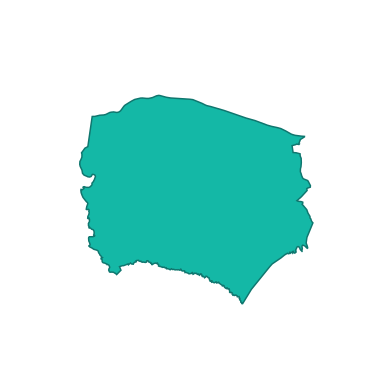 the district of Blacktown, New South Wales, Australia, rotated 309°
{"feature_id": "25037944B57460012888659", "entity_name": "Blacktown", "entity_type": "district", "adm_level": 2, "iso_a3": "AUS", "parent_name": "Australia", "parent_adm1": "New South Wales", "projection": "orthographic", "projection_center": [150.83, -33.74], "detail": "fine", "context": "isolated", "style": "filled", "palette": "teal", "viewbox_px": 384, "rotation_deg": 309, "n_neighbors": 0, "source": "geoboundaries", "source_scale": "gbopen_adm2", "svg_char_len": 6006}
<svg xmlns="http://www.w3.org/2000/svg" viewBox="0 0 384 384"><g transform="rotate(309 192 192)"><path d="M137.1,301.6L153.8,299.4L183.0,299.4L186.7,299.6L196.7,302.6L201.4,303.6L204.4,304.7L204.6,305.7L205.0,306.0L205.8,306.2L206.8,306.0L206.9,306.7L206.5,307.0L208.9,307.7L208.1,308.2L208.0,308.5L209.0,308.1L209.5,308.5L209.0,309.3L208.9,309.9L209.4,310.4L210.6,310.7L211.7,309.2L211.8,309.2L211.9,309.5L212.2,309.1L212.6,308.8L213.5,308.9L214.5,308.4L215.3,308.3L216.1,308.5L216.6,309.2L216.6,309.6L216.2,311.1L215.4,312.4L215.1,314.8L215.4,314.8L215.7,314.2L216.2,313.6L216.5,313.5L216.8,313.7L217.3,313.5L219.0,311.6L220.2,311.4L220.5,311.7L221.0,313.4L221.1,314.2L220.9,314.9L221.2,315.1L221.2,315.3L220.8,316.0L220.8,317.0L221.3,317.1L221.8,316.6L221.9,315.9L222.4,315.8L224.2,312.8L229.0,309.9L244.1,305.4L244.1,304.9L244.7,303.0L245.9,301.2L246.1,300.1L247.3,299.0L248.6,295.4L250.5,292.3L251.8,285.3L252.9,285.2L253.8,284.5L253.4,283.2L251.6,280.3L251.3,279.0L257.2,280.0L265.6,280.5L266.8,279.1L267.6,279.3L270.2,280.9L271.5,280.0L273.4,275.7L273.7,274.7L272.4,270.4L272.4,269.7L272.6,269.1L273.7,266.9L274.7,265.6L275.9,263.5L278.2,261.7L280.2,260.8L283.6,258.5L286.9,255.6L288.0,253.5L289.7,251.9L288.0,248.2L286.3,245.7L291.0,240.6L294.0,242.7L295.1,243.2L296.2,245.2L296.9,245.2L296.8,244.6L301.0,243.2L305.6,244.7L306.0,244.4L304.2,241.8L300.9,236.4L299.9,234.0L299.4,232.5L298.4,226.4L297.2,221.1L295.7,217.7L293.1,212.6L291.3,208.4L287.2,196.1L283.5,187.5L275.6,165.7L270.2,152.8L268.5,149.3L268.0,147.7L267.2,144.0L264.3,134.5L262.7,131.9L251.6,116.2L249.4,112.3L246.7,106.2L246.0,105.2L244.4,103.9L240.4,101.8L237.4,99.4L236.2,97.9L233.9,94.4L232.6,92.9L227.8,89.2L224.3,87.7L217.4,85.3L215.8,85.1L210.3,85.4L208.9,85.1L207.7,84.6L206.4,83.4L204.9,80.7L203.2,79.0L202.1,78.1L198.0,76.2L196.4,75.0L193.6,72.0L189.7,69.0L187.9,66.9L161.7,82.5L158.7,81.2L152.9,81.5L152.1,82.7L149.8,84.5L147.2,85.3L145.2,85.7L142.8,87.4L141.5,89.1L139.7,92.8L137.6,95.2L137.2,97.5L138.0,100.2L138.2,101.3L139.1,102.9L140.3,103.7L140.9,103.8L142.9,103.5L143.2,103.7L143.7,104.5L144.0,105.4L143.9,106.2L143.4,107.0L142.9,107.4L141.2,107.9L140.4,108.3L138.7,108.6L138.3,108.8L135.9,108.7L134.9,109.6L134.1,109.8L131.8,109.5L131.1,109.2L130.6,108.9L129.0,106.8L128.3,104.9L127.6,104.3L127.1,104.4L127.1,105.5L126.8,105.8L126.3,105.8L125.6,105.4L124.6,105.3L124.4,105.2L124.3,104.2L124.2,104.1L122.8,105.0L122.4,105.9L121.8,106.1L120.3,108.6L119.2,110.7L118.5,113.7L118.0,116.0L118.0,117.3L117.7,118.0L117.3,118.4L114.4,119.4L112.0,120.7L112.0,121.0L112.3,121.6L113.3,122.3L113.4,122.8L113.0,123.5L112.0,124.0L111.4,125.0L110.9,125.3L109.4,126.0L107.4,126.5L105.9,127.5L106.0,128.1L106.9,127.9L107.0,128.1L106.2,129.6L104.3,131.0L102.8,131.2L102.0,131.5L101.5,132.1L100.6,132.8L100.3,134.2L100.1,134.2L100.0,133.9L99.4,134.4L99.3,134.7L99.5,135.1L100.1,135.8L99.9,137.4L100.5,138.8L100.1,140.1L99.2,141.3L98.3,141.8L97.8,142.5L96.7,142.6L96.4,143.1L96.7,143.9L96.4,144.0L96.0,143.9L94.9,143.1L92.6,140.4L91.7,140.3L90.8,140.9L89.0,142.6L88.3,144.0L87.0,145.9L86.5,146.1L85.5,145.7L85.1,145.9L85.0,147.7L85.4,148.8L85.7,151.8L86.8,154.3L87.0,155.2L87.0,156.6L86.1,157.5L85.8,158.5L85.8,158.9L85.1,160.0L85.0,161.6L84.5,162.6L84.7,163.6L83.8,163.4L83.3,163.0L83.0,163.2L82.7,163.6L83.1,164.2L83.0,164.5L81.4,166.0L81.2,166.4L81.1,167.6L81.7,168.5L82.5,171.6L82.2,171.7L82.8,172.7L82.8,173.6L81.9,175.2L81.4,175.6L80.1,175.8L78.9,176.4L78.0,178.0L78.1,178.8L79.0,179.7L80.3,181.6L80.3,182.8L80.6,183.7L80.4,185.4L86.5,186.0L88.4,182.6L91.1,184.4L91.7,185.2L95.9,187.6L95.4,188.4L98.1,188.9L98.0,189.2L98.1,190.5L98.3,190.9L98.8,191.4L99.0,191.8L99.8,191.5L101.3,191.6L102.4,192.5L102.8,192.5L103.4,191.8L104.2,192.3L105.3,193.5L105.0,194.1L105.4,195.2L106.1,195.8L105.8,196.5L106.0,197.0L106.1,197.5L106.8,198.1L107.9,200.1L109.0,200.8L109.3,200.7L109.7,200.2L110.1,200.2L110.7,200.8L110.8,201.6L110.4,202.5L111.2,204.3L110.6,204.7L111.0,205.5L110.3,206.3L110.4,206.7L112.7,207.5L113.9,208.5L114.1,209.2L115.0,209.8L114.9,210.1L114.3,210.5L114.5,211.0L114.4,212.0L113.5,212.4L113.5,213.1L113.7,213.6L114.2,214.0L114.4,215.1L114.8,215.7L114.7,216.3L115.3,216.7L115.5,217.2L116.0,217.6L116.2,217.9L116.1,219.0L116.9,219.6L116.3,220.5L117.2,221.6L117.7,222.9L117.8,223.9L118.0,224.1L119.1,224.2L119.5,224.4L119.4,225.3L119.6,225.8L120.5,226.5L120.6,227.3L120.9,228.0L121.5,228.4L122.4,229.8L122.9,230.0L123.5,231.6L124.0,231.8L124.6,231.7L125.0,231.8L125.0,232.3L124.4,232.6L124.3,233.0L124.6,234.3L125.6,235.2L126.0,235.8L125.9,236.1L125.5,236.2L125.4,236.7L125.0,237.3L125.7,237.7L126.0,238.7L126.1,239.3L126.5,239.9L126.5,241.2L128.5,242.9L129.2,242.7L129.6,242.8L129.6,243.3L129.1,243.7L128.7,244.6L129.6,245.0L130.4,245.0L130.8,245.4L130.9,245.9L131.6,246.6L131.7,246.9L131.4,247.4L131.3,247.9L131.5,248.2L132.2,248.5L131.9,250.1L133.1,250.4L133.7,250.0L134.0,250.4L134.1,251.2L134.0,251.5L133.4,252.0L133.4,252.5L133.0,252.7L132.8,253.1L132.9,253.4L133.4,253.4L133.6,253.7L133.6,254.5L133.2,255.7L134.4,256.1L135.4,255.9L135.8,256.8L135.6,258.7L136.0,259.3L134.6,261.1L134.6,261.7L134.1,262.2L134.4,262.9L135.3,263.0L135.5,263.3L134.4,263.9L134.3,264.1L135.0,264.5L135.2,265.8L135.7,266.7L137.3,267.2L136.9,268.2L136.9,268.5L137.5,268.5L137.8,269.3L138.4,269.3L138.7,269.5L138.3,270.5L138.4,273.1L138.6,273.6L138.1,274.7L138.4,275.0L139.2,275.2L139.3,275.6L139.1,276.2L138.7,276.5L138.4,277.9L138.5,279.0L139.6,279.5L139.6,279.8L139.0,280.3L139.5,280.6L139.5,281.3L140.0,281.6L140.1,282.0L139.9,282.3L139.4,282.6L138.7,283.6L137.8,284.3L137.8,284.9L138.0,285.2L138.6,285.4L138.9,286.5L137.9,287.4L138.2,288.2L137.6,288.7L138.0,289.0L138.1,289.9L138.7,290.1L138.8,290.5L139.3,290.7L139.6,291.1L139.5,292.0L139.7,292.5L139.1,293.2L139.9,294.2L140.3,294.4L139.7,295.3L139.1,295.6L139.1,295.9L139.4,296.1L139.3,296.3L138.3,296.8L138.4,297.2L138.1,297.8L138.1,298.4L137.1,299.2L137.1,299.5L137.4,300.2L136.8,300.6L136.7,301.1L137.0,301.3L137.1,301.6Z" fill="#14b8a6" stroke="#0f766e" stroke-width="1.5"/></g></svg>